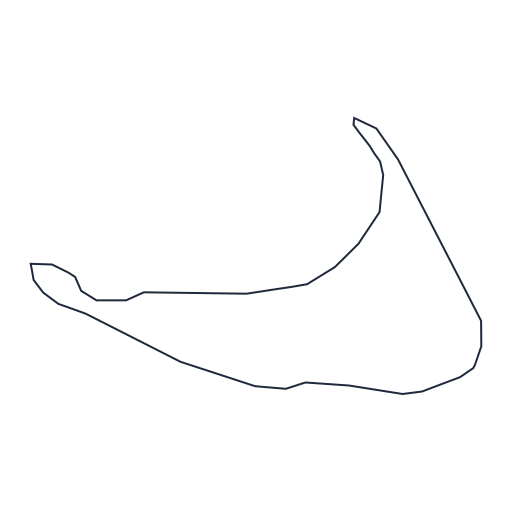 the district of Nantucket, Massachusetts, United States of America
{"feature_id": "52423323B47905601981877", "entity_name": "Nantucket", "entity_type": "district", "adm_level": 2, "iso_a3": "USA", "parent_name": "United States of America", "parent_adm1": "Massachusetts", "projection": "natural_earth1", "projection_center": [-70.11, 41.315], "detail": "fine", "context": "isolated", "style": "outline", "palette": "slate", "viewbox_px": 512, "rotation_deg": 0, "n_neighbors": 0, "source": "geoboundaries", "source_scale": "gbopen_adm2", "svg_char_len": 702}
<svg xmlns="http://www.w3.org/2000/svg" viewBox="0 0 512 512"><path d="M30.7,263.8L31.9,270.1L33.6,279.9L43.2,292.6L58.4,303.9L85.5,313.6L180.5,361.8L254.8,386.1L258.5,386.5L285.8,388.8L305.4,382.5L348.9,385.5L402.6,394.0L422.1,391.5L460.1,377.1L473.4,368.0L475.2,364.2L481.3,346.3L481.1,320.8L459.0,277.8L398.0,159.4L376.4,128.5L354.2,118.0L353.5,124.8L356.3,128.6L359.2,132.5L369.4,145.5L374.1,153.1L380.1,161.5L383.2,175.0L380.2,205.1L379.6,212.0L358.5,243.7L335.0,267.0L307.1,284.2L292.7,286.7L292.2,286.8L276.5,289.1L246.5,293.7L143.9,292.3L131.2,298.0L126.2,300.3L96.4,300.3L81.4,291.0L81.2,290.9L75.1,276.9L68.2,272.5L52.0,264.5L30.7,263.8Z" fill="none" stroke="#1e293b" stroke-width="2"/></svg>